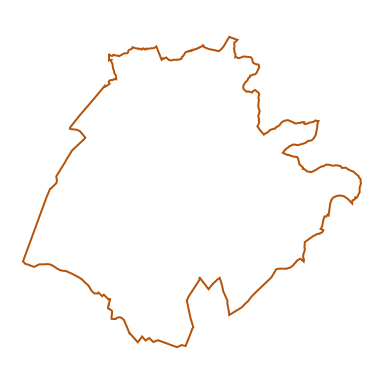 Yehualtepec, Puebla, Mexico (Natural Earth projection)
{"feature_id": "50627088B45895820566273", "entity_name": "Yehualtepec", "entity_type": "district", "adm_level": 2, "iso_a3": "MEX", "parent_name": "Mexico", "parent_adm1": "Puebla", "projection": "natural_earth1", "projection_center": [-97.668, 18.767], "detail": "fine", "context": "isolated", "style": "outline", "palette": "amber", "viewbox_px": 384, "rotation_deg": 0, "n_neighbors": 0, "source": "geoboundaries", "source_scale": "gbopen_adm2", "svg_char_len": 5855}
<svg xmlns="http://www.w3.org/2000/svg" viewBox="0 0 384 384"><path d="M111.7,318.9L115.7,319.0L116.5,318.2L117.3,317.7L118.8,317.3L120.0,317.3L121.3,317.7L122.7,318.9L124.0,320.1L128.5,330.8L129.6,333.8L129.8,333.8L130.0,333.5L137.8,342.3L142.1,336.5L145.5,340.5L149.2,338.0L153.3,342.0L157.9,340.2L176.8,347.1L177.1,347.1L181.6,345.1L185.6,346.0L191.8,330.3L191.8,329.6L192.0,329.2L193.3,327.3L190.6,318.4L186.8,300.5L188.4,296.9L199.5,279.8L199.7,278.7L199.5,278.1L199.3,277.1L208.6,289.2L212.2,284.5L217.2,279.7L219.7,277.9L221.3,282.7L222.4,286.9L223.2,291.2L227.4,300.6L227.4,303.6L228.9,311.8L229.2,315.0L241.7,307.4L245.6,303.3L247.8,301.5L251.7,296.4L256.1,292.0L271.3,277.5L276.2,269.3L277.4,268.9L281.0,268.6L286.3,268.8L287.4,268.3L290.3,267.5L293.4,265.1L294.4,263.7L295.8,262.3L296.8,260.8L298.9,259.4L300.6,258.8L303.7,261.6L304.0,260.0L303.1,257.0L303.2,255.5L303.7,253.1L304.4,251.5L304.9,249.1L304.5,247.8L304.8,242.1L310.9,237.7L314.1,235.5L314.9,235.3L317.3,233.9L319.6,233.7L320.2,233.1L321.9,232.5L323.1,230.8L323.3,230.0L321.9,229.6L320.6,228.9L320.8,228.7L321.6,227.5L322.0,226.4L322.3,226.0L322.6,223.7L323.3,220.1L323.7,219.0L323.9,218.1L324.3,216.9L324.8,216.3L326.3,216.6L327.7,214.6L328.6,215.4L330.2,203.7L331.5,199.8L333.2,197.5L337.3,195.8L339.0,195.5L341.4,195.7L344.2,196.4L348.1,199.2L352.2,203.5L352.3,201.2L352.5,200.3L354.1,199.7L354.7,199.5L355.3,197.3L356.5,198.0L357.7,196.2L358.9,193.4L359.6,192.5L359.7,186.8L360.3,186.0L361.0,183.0L360.5,181.4L360.6,179.1L359.1,177.6L358.5,176.0L356.0,174.0L353.3,171.5L351.1,170.8L349.2,169.9L345.5,167.6L344.3,167.9L341.7,167.9L341.4,167.0L340.1,165.9L339.0,165.8L337.3,165.4L335.7,165.3L333.1,165.8L330.5,165.1L328.3,164.7L326.2,164.6L323.4,166.3L322.0,166.4L320.9,166.8L319.2,167.7L316.2,169.7L313.3,171.2L311.0,172.1L306.9,171.3L304.4,169.1L302.8,168.9L303.0,167.6L301.3,165.9L299.4,164.4L299.2,162.7L298.4,160.0L298.3,159.1L297.2,157.0L293.2,156.5L290.4,155.7L289.1,155.0L287.6,155.0L282.9,152.9L284.3,150.7L286.7,148.4L288.2,147.5L289.6,146.1L291.4,145.5L292.4,144.7L295.0,144.6L296.4,145.0L298.2,145.2L300.2,144.4L302.2,144.0L305.1,143.0L306.8,142.0L308.1,140.9L310.7,140.6L311.8,140.1L312.8,139.3L313.6,138.4L314.4,137.3L315.2,135.9L315.8,134.7L317.2,127.4L317.4,124.5L317.7,122.9L318.5,121.0L316.5,120.9L315.4,120.4L314.2,121.4L313.2,122.0L308.7,122.8L307.5,123.6L305.1,124.1L303.9,123.3L304.3,122.2L301.8,122.1L300.5,122.9L298.4,123.0L296.1,123.5L294.1,123.2L292.9,122.1L290.9,121.4L287.9,120.1L287.0,120.4L285.4,120.4L284.4,121.0L282.5,121.6L281.6,122.5L279.2,125.5L277.8,126.4L276.1,127.1L275.2,128.6L273.8,128.7L270.2,129.9L269.2,131.0L267.0,132.8L265.1,133.5L263.9,134.6L260.2,130.3L257.4,126.4L258.1,125.4L258.4,124.1L259.3,122.2L258.8,120.0L259.1,119.1L258.6,117.7L258.3,116.4L258.3,115.4L259.1,113.9L259.6,110.7L258.4,107.2L258.3,105.4L258.6,101.8L259.0,99.9L258.4,98.3L258.7,96.2L259.3,94.3L258.6,92.8L257.3,91.7L255.0,90.0L253.2,91.0L251.9,92.5L248.2,91.4L246.8,91.7L245.8,91.2L245.1,90.4L243.5,89.0L243.2,87.3L243.3,86.0L244.2,84.2L245.3,82.4L246.1,81.8L247.8,79.7L248.5,77.9L249.7,77.3L250.2,75.6L251.5,75.3L253.2,74.6L254.8,74.4L256.1,73.5L257.1,71.8L258.1,69.5L259.2,67.5L258.9,65.2L258.2,64.5L256.3,64.3L254.1,63.4L253.4,62.9L252.7,62.0L252.3,59.5L251.7,58.3L250.9,57.3L248.4,56.9L247.3,56.9L245.2,56.6L243.7,56.5L242.6,56.8L239.8,58.0L238.7,58.2L238.0,58.1L236.1,56.9L235.3,57.2L235.5,56.3L235.4,55.3L235.5,54.2L234.9,53.2L234.5,52.1L234.4,51.3L234.4,50.0L234.0,48.3L234.6,46.5L234.3,44.6L234.3,42.5L235.7,41.7L237.4,39.9L229.2,36.9L223.6,46.5L223.3,46.8L221.7,48.8L218.8,51.2L211.8,49.6L209.2,49.2L204.1,47.1L203.9,46.9L203.6,46.3L203.4,45.4L202.9,45.2L202.1,46.2L201.5,46.3L200.5,47.1L199.7,47.2L199.2,47.4L198.7,48.0L197.9,48.0L197.1,48.7L196.7,48.9L195.6,49.0L195.2,49.3L194.0,49.8L193.2,49.5L192.2,50.5L191.3,50.1L191.1,50.4L191.0,51.0L190.7,51.1L189.6,50.8L189.2,51.3L188.8,51.4L188.4,51.1L188.1,51.1L187.8,51.4L187.1,51.8L185.7,52.1L185.3,52.6L184.2,54.6L183.7,55.0L182.8,56.5L182.0,56.9L181.5,58.2L181.5,58.7L181.1,59.0L177.8,59.8L177.0,59.5L176.5,59.9L175.0,59.9L174.5,59.7L173.6,59.8L171.9,60.3L170.3,60.3L169.2,60.1L167.5,58.7L166.5,57.7L166.1,57.5L165.0,57.9L164.2,58.7L163.5,58.7L163.0,58.2L162.7,58.4L162.7,59.0L161.6,59.8L156.4,46.6L156.1,47.0L154.8,47.4L154.0,48.1L153.2,48.2L150.7,48.3L149.2,48.7L147.8,48.6L147.4,48.9L145.9,48.7L145.8,49.3L145.6,49.5L144.9,49.5L144.6,49.4L143.2,48.4L142.6,48.5L141.9,49.4L141.4,49.6L140.3,48.9L139.3,48.6L138.2,49.0L137.9,48.6L137.1,48.3L135.8,48.4L133.4,47.4L132.6,47.2L132.4,47.3L132.6,48.0L131.5,49.1L129.9,49.5L129.3,50.0L128.7,50.2L128.5,50.5L128.0,52.5L127.0,53.2L126.4,53.4L124.3,53.3L119.0,56.2L118.0,55.7L116.8,55.7L115.8,55.5L114.0,54.8L113.1,55.0L112.5,55.9L110.4,55.6L109.4,54.5L108.9,54.7L109.1,58.5L109.0,60.3L109.7,59.8L111.0,60.0L110.7,60.2L112.5,64.2L113.0,68.3L113.9,70.5L114.2,72.4L114.6,73.6L115.8,75.3L116.1,76.0L116.2,77.1L116.2,79.3L114.3,79.0L113.0,79.9L110.6,80.1L109.3,80.8L108.7,81.8L109.6,83.9L105.2,86.7L104.8,85.8L94.3,98.4L79.6,115.5L70.1,127.5L69.9,128.8L71.1,129.2L76.7,129.7L79.9,131.2L85.3,137.6L84.8,138.4L83.6,139.7L72.2,150.3L66.0,160.3L65.3,161.8L56.5,176.0L56.3,176.4L56.5,178.3L56.9,180.1L56.7,181.9L56.3,183.2L52.5,186.9L51.4,188.2L50.2,188.6L46.8,196.5L23.0,261.4L25.4,263.9L28.0,264.6L30.6,265.6L32.3,266.2L33.7,266.8L34.5,266.8L36.6,265.6L39.5,264.3L44.4,264.3L46.5,264.1L48.2,264.1L51.4,264.9L56.0,267.7L56.4,268.2L60.3,270.2L62.2,270.7L65.9,271.0L72.1,273.8L78.9,277.4L81.8,279.3L85.4,282.9L88.0,285.1L89.7,287.5L91.6,290.9L94.2,293.3L97.2,293.6L98.4,292.5L102.2,296.2L103.8,294.7L107.6,298.4L109.1,300.0L110.4,298.4L108.7,304.3L108.9,305.0L108.3,305.6L108.1,306.9L108.1,308.3L108.5,308.7L109.2,308.7L110.1,309.6L111.4,310.2L111.8,310.6L112.0,311.6L111.9,314.8L111.5,316.6L111.5,317.6L111.7,318.9Z" fill="none" stroke="#b45309" stroke-width="2"/></svg>